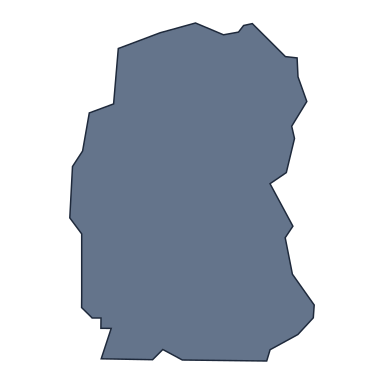 outline of White, Georgia, United States of America
{"feature_id": "52423323B49409281283083", "entity_name": "White", "entity_type": "district", "adm_level": 2, "iso_a3": "USA", "parent_name": "United States of America", "parent_adm1": "Georgia", "projection": "orthographic", "projection_center": [-83.744, 34.653], "detail": "fine", "context": "isolated", "style": "filled", "palette": "slate", "viewbox_px": 384, "rotation_deg": 0, "n_neighbors": 0, "source": "geoboundaries", "source_scale": "gbopen_adm2", "svg_char_len": 604}
<svg xmlns="http://www.w3.org/2000/svg" viewBox="0 0 384 384"><path d="M89.3,112.9L82.6,151.0L72.5,166.5L69.8,217.9L81.7,233.9L81.7,296.2L81.6,307.6L91.6,317.4L92.1,318.0L101.0,318.0L100.9,328.3L111.2,328.4L101.2,358.8L152.6,359.7L162.8,349.5L182.3,360.0L266.7,361.0L270.1,349.7L297.9,334.5L313.3,317.8L314.2,305.0L292.4,274.2L285.2,237.7L292.9,226.2L270.0,183.7L286.3,172.6L294.5,138.5L291.7,126.2L306.8,101.5L298.0,76.8L297.1,57.9L285.4,56.6L252.3,23.6L243.6,25.5L238.5,32.1L223.5,34.8L195.5,23.0L160.3,32.7L118.3,48.5L113.6,103.9L89.3,112.9Z" fill="#64748b" stroke="#1e293b" stroke-width="1.5"/></svg>